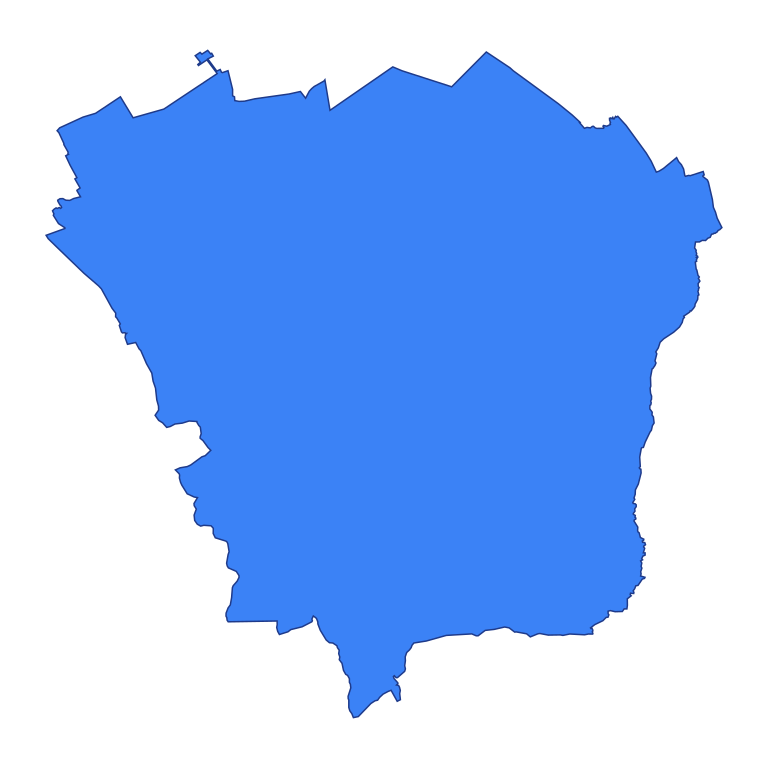 outline of Danesti, Gorj, Romania
{"feature_id": "2599482B18073944252707", "entity_name": "Danesti", "entity_type": "district", "adm_level": 2, "iso_a3": "ROU", "parent_name": "Romania", "parent_adm1": "Gorj", "projection": "natural_earth1", "projection_center": [23.35, 44.955], "detail": "fine", "context": "isolated", "style": "filled", "palette": "blue", "viewbox_px": 768, "rotation_deg": 0, "n_neighbors": 0, "source": "geoboundaries", "source_scale": "gbopen_adm2", "svg_char_len": 6051}
<svg xmlns="http://www.w3.org/2000/svg" viewBox="0 0 768 768"><path d="M640.7,571.7L641.9,568.1L641.1,566.4L641.8,563.0L640.6,560.9L642.6,559.8L641.7,558.7L642.8,556.2L645.1,555.1L645.1,552.9L643.3,552.8L644.7,548.3L643.6,547.0L643.7,546.2L645.5,544.7L644.8,542.6L642.6,542.3L642.3,541.0L643.6,540.3L643.8,539.2L640.4,537.5L639.1,532.7L638.0,531.9L637.6,530.7L637.8,527.1L634.0,521.0L634.3,519.9L635.7,519.2L635.9,518.1L635.0,517.3L635.3,515.4L633.4,514.4L633.3,513.4L635.0,511.2L634.7,508.8L636.2,506.7L636.2,504.8L635.2,503.8L633.2,503.4L632.8,502.5L634.8,499.3L634.0,498.0L635.2,494.3L635.4,489.9L638.3,484.1L641.1,473.0L640.9,469.2L639.6,468.6L639.3,467.7L640.3,466.6L639.7,457.1L641.3,448.3L641.8,447.7L643.4,447.4L645.2,442.1L650.0,432.1L651.4,430.2L652.4,425.7L654.1,423.0L653.4,416.9L652.0,414.9L652.2,412.2L649.8,408.9L649.9,405.4L650.8,404.8L651.2,402.8L650.7,401.0L651.5,399.3L651.6,396.1L650.6,393.4L650.1,388.2L650.8,386.2L650.5,377.5L652.1,368.9L652.9,368.5L655.0,365.4L656.0,363.0L655.0,360.9L656.8,353.8L655.8,351.9L658.3,347.9L660.1,342.3L663.7,338.8L673.7,332.2L679.5,327.0L682.2,322.5L683.1,318.9L684.4,317.4L683.7,316.2L689.7,312.1L690.2,310.8L691.2,311.0L693.6,308.2L694.9,306.2L695.1,304.2L697.7,299.3L697.9,295.5L698.9,294.9L697.9,291.3L698.5,290.1L698.5,288.6L699.2,287.8L698.3,286.3L698.1,283.6L699.9,281.1L698.4,278.4L699.3,277.0L698.0,275.3L696.8,269.9L696.2,269.2L695.3,262.1L696.7,261.2L696.3,260.1L697.1,258.4L696.4,257.5L697.8,257.2L697.6,256.2L696.2,255.3L696.7,253.8L695.9,251.2L696.2,250.2L694.6,248.0L695.5,242.0L699.5,241.9L702.2,240.4L705.6,240.5L707.9,238.2L710.2,237.3L711.5,234.3L713.6,233.8L714.0,233.2L715.1,233.3L717.3,231.8L718.1,230.4L719.7,229.7L721.9,227.6L717.2,218.2L715.5,212.2L713.4,207.3L712.4,199.5L708.4,182.3L707.4,180.0L702.9,176.5L703.1,175.5L704.2,174.9L703.2,171.5L690.2,175.7L688.7,175.4L685.4,176.3L684.8,175.5L683.6,169.0L681.4,164.7L678.6,161.6L676.6,157.6L663.4,168.5L659.0,171.2L656.3,172.1L651.2,161.2L646.2,153.0L626.0,125.3L617.8,116.3L616.5,117.1L615.6,116.4L614.1,118.9L613.4,118.8L612.8,117.4L612.0,118.7L610.8,117.9L609.5,118.3L609.5,118.8L610.0,119.0L609.5,120.0L610.5,122.4L610.0,123.2L610.4,124.5L606.8,126.2L603.5,125.5L603.0,126.2L603.9,127.7L603.5,128.3L596.8,128.4L595.2,127.9L593.5,126.3L592.3,126.4L590.4,127.9L587.0,127.4L584.4,128.3L579.5,122.6L580.1,122.3L572.2,115.0L558.3,103.7L513.3,70.8L510.0,67.8L486.3,52.0L451.7,86.8L402.1,70.8L392.8,66.9L330.0,110.3L324.9,79.8L324.0,81.0L314.2,86.5L311.6,88.7L309.3,91.2L305.6,98.2L300.4,91.5L289.1,94.0L254.9,98.8L244.4,101.2L239.0,101.4L234.8,100.6L234.5,96.8L232.6,95.8L232.6,89.4L228.0,70.7L222.5,72.6L221.5,72.3L220.2,69.5L216.8,71.1L207.8,58.9L213.3,56.1L211.7,53.3L210.7,53.9L207.7,50.4L201.9,54.1L200.1,52.4L195.2,55.7L200.4,62.2L197.8,64.5L198.5,65.5L206.9,59.9L217.2,73.6L163.8,109.1L133.1,117.8L120.4,96.8L95.6,113.3L83.0,117.1L59.7,127.8L57.1,130.7L58.9,132.7L63.8,143.3L63.9,144.7L68.1,152.1L67.9,153.9L68.4,154.3L65.7,155.8L70.2,165.4L76.9,177.7L74.9,178.9L80.1,188.0L76.9,190.3L77.0,190.8L80.5,196.8L73.7,198.5L69.8,200.4L65.8,200.2L62.9,198.6L60.0,198.7L57.7,200.2L57.9,201.3L59.9,204.9L61.2,206.2L61.6,207.5L60.6,208.4L59.3,207.5L57.2,208.5L56.1,207.9L54.2,209.1L52.5,210.8L53.9,213.9L53.3,215.3L58.5,223.6L64.9,227.8L64.9,228.5L46.1,235.3L48.2,238.7L56.3,246.6L84.0,273.3L98.6,285.9L101.4,288.9L112.0,308.2L115.7,313.1L115.6,316.8L116.8,318.0L120.3,323.9L119.3,325.4L121.4,331.8L122.4,332.9L125.0,332.7L125.5,333.4L126.6,333.4L125.5,334.6L125.1,337.6L127.5,344.3L135.7,342.5L139.1,348.9L140.8,350.6L146.5,363.7L151.8,373.1L153.1,381.1L155.5,388.1L156.8,399.9L158.5,406.1L158.6,410.1L155.1,415.3L158.7,420.4L162.6,422.8L166.7,427.4L170.3,426.5L175.0,424.0L182.4,423.1L189.1,421.0L196.9,421.5L197.0,422.5L198.8,425.5L200.3,427.1L201.2,433.7L200.1,436.9L200.2,438.4L202.9,440.5L208.0,447.5L210.8,450.3L205.2,455.7L201.9,456.8L190.7,465.0L187.2,466.6L180.1,467.8L175.4,469.9L179.2,473.8L179.6,475.1L179.4,478.0L180.6,482.5L181.9,485.3L187.2,493.8L194.1,497.0L197.5,497.6L194.0,503.5L194.2,505.7L196.3,509.1L194.1,515.1L194.7,520.5L197.3,524.2L200.7,526.1L203.8,525.3L211.1,525.8L213.3,528.3L213.2,533.5L215.3,537.8L225.9,541.1L227.1,542.1L227.8,543.7L229.1,551.7L228.1,554.6L226.6,563.2L227.2,565.9L228.4,567.9L236.3,571.4L239.0,575.6L239.0,577.4L237.2,581.1L233.2,585.7L232.4,587.7L231.6,597.7L230.3,604.9L228.1,607.9L226.1,613.1L226.0,616.1L226.8,617.7L227.1,620.2L228.2,621.8L277.1,621.0L277.2,624.6L276.7,627.5L277.7,631.4L279.4,634.5L288.0,631.8L290.8,629.6L302.1,626.8L311.8,621.8L312.4,620.8L311.9,619.0L313.3,616.0L315.3,617.4L316.5,618.5L317.8,621.9L317.9,624.0L320.3,630.3L326.2,640.0L329.4,642.7L332.8,643.0L336.9,645.7L337.4,647.6L339.2,650.3L338.7,653.7L339.8,657.0L339.3,659.7L342.0,663.3L343.5,670.4L345.7,674.3L347.6,675.4L349.4,678.7L349.4,682.3L350.4,684.3L350.8,687.9L348.1,696.3L348.2,698.6L348.8,700.1L348.8,707.5L349.8,710.8L351.8,713.6L353.4,717.6L358.3,716.6L370.9,703.5L375.0,700.8L377.6,700.2L379.6,697.4L383.1,694.1L388.2,691.4L391.1,690.3L397.2,701.3L400.4,699.7L399.7,693.6L400.3,690.4L399.5,687.2L398.6,685.5L396.5,685.0L397.9,683.6L397.8,682.8L394.0,678.5L393.4,676.5L394.3,675.7L396.2,677.7L397.5,677.6L404.7,671.3L405.4,668.9L404.7,665.7L405.4,660.7L405.2,656.9L406.7,652.5L409.5,649.9L411.2,647.6L412.0,645.3L413.9,643.0L426.4,641.0L446.3,635.4L471.8,633.9L476.2,635.8L478.1,635.8L485.2,630.4L494.2,629.4L504.7,627.0L509.2,627.9L514.7,632.1L516.2,631.9L526.6,633.8L530.3,636.9L537.9,633.8L539.9,633.5L548.3,635.1L560.3,634.9L562.9,635.4L569.8,634.0L584.6,634.8L588.5,634.0L592.4,634.1L592.9,633.8L592.3,631.7L592.8,631.1L592.8,630.0L592.0,628.3L590.9,628.5L590.5,627.9L594.8,624.6L602.9,620.7L606.2,617.4L608.0,617.2L608.9,614.8L608.1,613.7L608.1,611.2L610.3,610.6L615.1,611.7L622.3,611.5L624.2,608.9L626.9,608.9L627.4,605.3L627.3,598.8L631.2,595.8L630.2,594.7L630.5,593.2L633.7,593.5L633.9,592.4L633.2,590.8L634.7,588.7L635.8,585.8L638.0,585.4L642.3,579.1L644.5,578.4L645.0,577.3L640.6,576.0L641.1,573.8L640.7,571.7Z" fill="#3b82f6" stroke="#1e3a8a" stroke-width="1.5"/></svg>